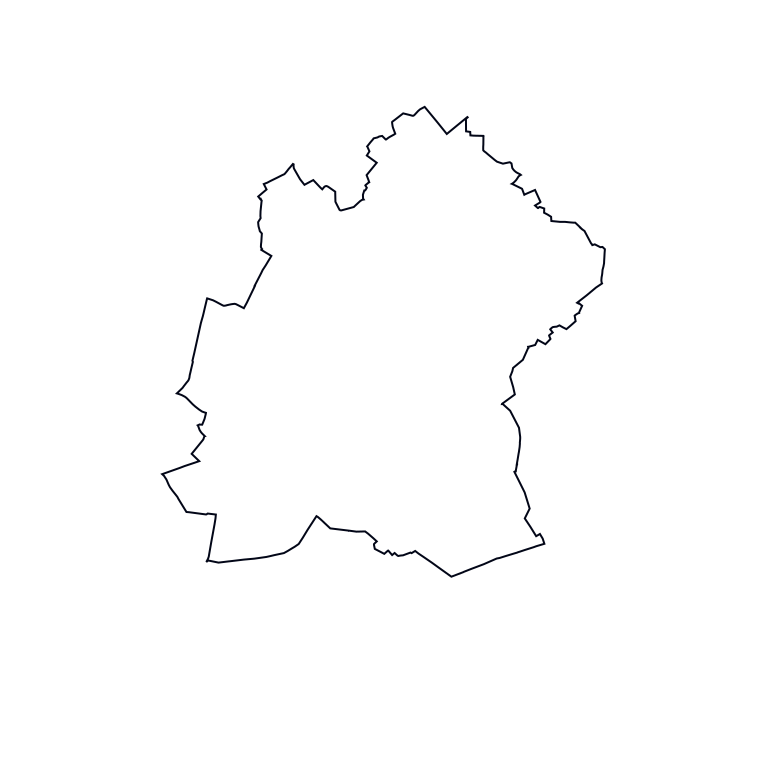 Degoles pag., Tukums, Latvia, rotated 225°
{"feature_id": "27541924B73428476484731", "entity_name": "Degoles pag.", "entity_type": "district", "adm_level": 2, "iso_a3": "LVA", "parent_name": "Latvia", "parent_adm1": "Tukums", "projection": "orthographic", "projection_center": [23.152, 56.88], "detail": "fine", "context": "isolated", "style": "outline", "palette": "ink", "viewbox_px": 768, "rotation_deg": 225, "n_neighbors": 0, "source": "geoboundaries", "source_scale": "gbopen_adm2", "svg_char_len": 6118}
<svg xmlns="http://www.w3.org/2000/svg" viewBox="0 0 768 768"><g transform="rotate(225 384 384)"><path d="M513.4,631.7L513.8,631.7L515.1,618.7L516.4,605.2L531.3,606.8L551.2,608.7L552.4,604.8L552.7,603.8L552.8,602.6L552.9,601.1L552.7,595.9L552.8,594.9L553.1,594.2L553.7,593.7L556.2,592.3L561.8,588.9L561.9,588.1L563.1,578.6L563.6,575.3L563.5,575.0L563.3,574.7L561.5,573.3L559.8,572.1L558.5,571.4L553.0,568.9L553.3,567.4L554.6,563.0L555.0,561.3L555.4,558.4L555.5,558.2L555.8,558.1L560.3,558.1L560.7,558.1L560.9,557.8L561.9,556.4L562.5,555.4L562.9,553.9L563.1,553.5L565.0,550.4L565.0,550.1L564.8,549.4L564.5,545.3L563.9,540.1L563.7,540.1L558.8,538.2L557.7,533.4L545.6,535.3L544.0,519.4L539.1,517.2L537.1,516.2L537.4,515.5L537.3,515.4L537.4,514.5L537.7,511.6L537.6,511.2L534.9,510.6L534.4,508.7L534.2,507.6L534.8,506.9L532.7,502.9L529.9,500.3L528.8,500.1L529.7,498.8L530.2,496.5L530.5,488.9L530.5,487.8L536.9,476.6L537.7,475.9L538.1,475.8L538.6,475.7L546.9,478.4L547.3,478.6L554.3,485.3L554.5,485.5L562.9,484.0L564.1,483.6L564.9,483.1L565.3,482.3L565.5,481.8L565.6,481.2L565.3,478.0L567.9,477.9L578.2,478.2L581.0,469.0L581.1,468.6L587.1,469.3L588.4,469.5L599.4,472.5L600.2,472.8L600.6,473.0L601.0,473.3L602.9,474.9L603.2,475.4L604.0,475.2L603.6,470.9L603.5,468.7L603.1,465.8L602.8,462.5L602.9,461.7L603.7,459.6L605.2,455.0L608.0,446.8L608.9,443.8L609.4,442.7L610.4,440.4L604.6,438.5L605.1,432.8L605.3,430.0L605.5,427.6L602.0,427.2L602.0,427.7L600.0,427.1L599.6,426.4L593.5,418.9L590.2,415.4L588.5,414.0L587.5,409.6L587.4,409.4L586.0,408.2L585.0,407.4L584.1,406.7L581.2,405.1L579.9,404.3L579.6,404.3L579.3,404.2L578.9,404.2L577.2,404.1L576.7,404.0L576.3,403.5L572.7,399.4L571.2,397.7L569.9,396.0L568.0,393.9L567.6,393.7L566.2,393.2L565.7,393.2L565.7,392.6L565.6,392.1L562.3,392.9L554.2,394.9L551.5,384.1L550.4,378.8L549.2,375.4L544.9,361.9L544.6,362.0L538.5,344.6L536.7,338.5L542.4,336.7L545.1,335.8L546.3,335.1L547.1,334.1L547.8,333.2L548.6,332.1L549.5,330.7L550.7,328.8L551.3,327.7L552.1,326.6L552.5,326.2L552.8,325.9L553.8,325.5L561.1,323.3L564.1,322.3L569.6,319.5L569.3,318.9L564.7,311.4L561.4,306.1L559.9,303.6L558.2,300.5L556.5,297.5L540.1,271.8L535.9,265.0L534.8,264.5L531.3,258.8L529.1,255.3L527.7,253.0L525.9,250.6L525.3,249.3L525.0,248.6L524.8,247.8L524.6,245.4L524.0,240.7L523.9,240.1L523.7,239.0L523.8,231.1L523.8,230.9L522.9,231.4L520.4,232.6L519.0,233.2L517.4,233.7L515.8,234.2L514.6,234.4L513.2,234.5L506.2,234.4L504.7,234.4L501.5,234.6L496.6,235.2L493.1,235.9L490.8,237.0L489.5,237.7L488.9,236.9L486.2,232.4L483.8,226.7L485.7,224.9L485.8,224.9L486.5,223.0L485.7,222.9L481.9,221.1L479.7,220.6L477.9,220.4L473.9,220.4L474.1,220.1L472.6,217.1L472.4,215.8L470.6,198.6L464.9,198.7L460.1,198.8L462.2,194.5L467.0,184.9L469.1,180.2L477.1,163.4L474.6,163.5L470.3,162.6L465.0,160.5L462.4,159.7L458.1,159.0L450.4,158.1L447.8,157.3L433.2,153.8L431.3,155.4L417.6,165.9L417.3,166.4L417.1,167.7L410.6,172.8L408.1,169.8L404.5,164.8L394.1,149.7L385.7,137.8L385.4,137.0L385.0,136.4L384.3,134.2L383.8,132.5L383.5,134.9L374.7,140.7L368.2,149.0L367.7,149.6L358.8,160.9L352.2,168.8L344.9,178.5L342.6,182.1L340.7,185.2L335.2,193.7L334.0,197.9L332.8,202.9L332.1,205.6L331.2,210.4L331.2,210.7L332.7,217.8L334.9,226.8L338.3,242.8L336.7,243.2L333.0,243.5L319.9,243.9L305.5,255.2L305.2,255.2L305.0,255.6L299.1,260.1L293.1,266.4L289.6,266.9L282.6,267.4L277.8,267.6L277.9,265.1L277.9,263.8L277.6,263.4L277.1,263.0L273.9,260.9L268.2,262.7L263.7,264.1L263.4,268.9L263.3,269.0L263.2,269.2L262.7,269.2L257.3,268.8L257.0,272.0L253.2,272.2L252.5,272.4L252.3,272.5L251.0,274.4L249.4,276.3L246.1,283.5L244.9,283.9L243.9,288.0L239.7,288.5L234.1,289.6L223.9,291.5L216.4,292.7L200.1,295.4L194.9,307.0L194.7,307.7L191.3,315.5L191.2,315.7L186.0,327.2L180.9,340.3L179.2,342.8L176.4,348.2L172.4,355.7L170.7,358.8L170.2,360.0L169.6,361.1L167.1,366.1L162.8,374.4L161.6,377.0L157.6,384.4L162.5,386.9L167.7,388.2L168.2,386.2L168.8,384.0L179.4,386.5L189.4,388.5L192.9,398.9L207.9,406.8L217.7,410.1L224.3,412.3L225.5,412.7L229.7,414.1L229.6,414.5L229.4,415.5L229.2,415.6L229.6,416.1L230.2,416.9L232.2,419.8L232.9,421.0L233.1,420.8L236.4,425.5L236.7,425.9L240.0,430.5L240.3,431.0L243.5,435.3L245.7,437.9L246.3,438.4L249.0,441.6L250.3,442.9L257.6,448.5L275.9,454.3L286.0,453.8L286.4,453.3L286.5,453.5L284.1,469.1L290.4,473.1L299.9,478.3L302.3,483.8L304.1,486.7L302.9,499.3L307.5,511.3L307.4,511.6L308.4,512.2L308.0,512.7L304.7,518.5L306.5,523.9L298.0,526.3L298.1,533.4L298.2,533.6L300.7,534.6L301.6,535.1L301.6,535.8L301.3,538.3L301.1,539.7L302.6,539.9L305.1,540.2L305.2,540.8L305.0,543.0L304.8,543.7L303.7,545.2L302.4,546.7L301.4,549.5L297.4,550.6L293.8,551.8L293.4,556.4L292.9,563.9L297.5,567.1L297.5,567.9L296.9,570.9L296.2,572.2L296.5,572.4L296.9,573.2L299.2,579.4L303.6,578.9L303.5,578.4L304.9,578.0L303.4,589.9L302.3,602.1L300.9,609.3L301.7,609.6L302.5,610.1L303.7,611.1L305.5,613.2L307.0,615.4L308.1,616.8L309.2,618.1L310.2,619.3L311.8,622.1L312.9,623.7L313.7,624.9L315.0,626.3L317.4,629.0L320.9,632.9L323.1,635.5L326.4,635.4L327.8,633.7L333.7,631.8L334.9,629.5L336.1,629.9L336.8,629.8L350.5,634.0L351.9,633.7L353.9,633.5L353.9,633.4L355.9,633.3L355.9,633.5L362.9,633.3L364.3,631.9L367.0,629.6L370.7,626.6L374.2,623.1L378.7,619.4L380.9,617.6L381.5,618.1L384.1,620.4L388.1,619.5L391.9,618.3L394.8,621.4L399.1,619.3L399.3,618.9L399.4,617.4L399.6,617.2L403.4,617.0L402.1,622.4L402.1,623.4L414.4,628.0L418.3,618.1L418.6,617.0L424.3,619.6L424.6,619.6L434.9,616.1L435.1,616.0L434.9,616.8L434.8,617.4L434.7,618.4L434.7,620.1L434.7,621.3L434.8,621.8L435.0,623.0L435.2,624.0L435.5,625.3L435.6,625.9L435.6,626.3L435.5,626.8L435.5,627.3L435.4,627.7L435.1,628.6L436.1,628.5L439.2,627.5L440.4,627.2L442.5,627.0L444.2,627.1L445.9,627.4L446.7,627.9L449.8,630.1L451.0,629.9L451.8,629.8L451.9,629.7L455.5,624.2L455.7,623.9L461.3,621.1L464.2,620.7L466.5,620.5L472.9,619.9L475.7,619.7L477.6,619.4L478.3,619.4L479.0,619.4L479.8,620.1L481.5,621.8L483.1,623.6L487.7,628.3L488.7,629.2L488.9,629.7L489.2,629.7L496.1,623.1L498.7,620.9L501.3,623.2L504.6,620.7L506.0,622.0L507.1,623.1L513.5,629.4L513.5,629.9L513.4,631.7Z" fill="none" stroke="#020617" stroke-width="2"/></g></svg>